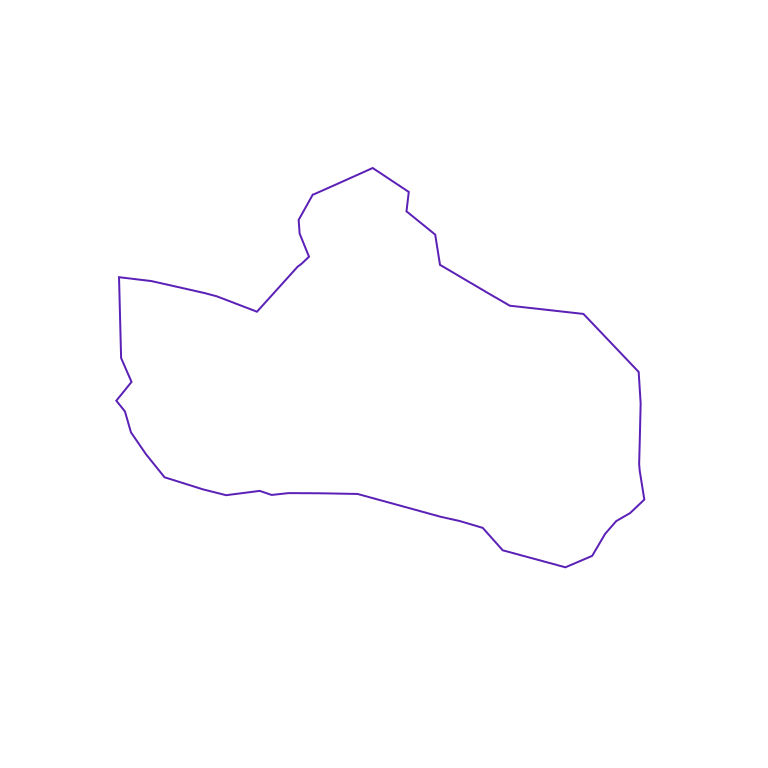 O'lziit, Dundgovi, Mongolia (Robinson projection), rotated 28°
{"feature_id": "93677404B68241634882173", "entity_name": "O'lziit", "entity_type": "district", "adm_level": 2, "iso_a3": "MNG", "parent_name": "Mongolia", "parent_adm1": "Dundgovi", "projection": "robinson", "projection_center": [106.642, 44.794], "detail": "fine", "context": "isolated", "style": "outline", "palette": "violet", "viewbox_px": 768, "rotation_deg": 28, "n_neighbors": 0, "source": "geoboundaries", "source_scale": "gbopen_adm2", "svg_char_len": 836}
<svg xmlns="http://www.w3.org/2000/svg" viewBox="0 0 768 768"><g transform="rotate(28 384 384)"><path d="M296.8,556.3L324.5,536.7L336.9,534.7L350.7,525.3L367.0,516.7L381.0,509.4L412.3,493.5L496.5,474.6L515.0,469.5L538.7,464.7L566.9,475.1L630.2,460.7L648.5,438.0L649.6,412.4L653.4,396.0L661.9,382.4L668.1,363.8L650.4,340.4L646.8,334.8L637.5,316.1L635.7,312.5L619.7,280.6L603.2,253.8L529.6,229.3L527.2,228.5L458.4,255.8L432.7,254.9L377.5,252.5L359.1,228.1L354.2,227.1L322.8,221.0L315.7,202.8L272.6,198.6L259.1,216.0L243.3,236.3L233.3,249.1L232.2,250.2L231.6,279.2L238.9,290.8L258.0,306.8L254.8,316.5L252.7,320.9L237.9,379.8L195.1,385.1L183.1,387.9L130.4,402.3L99.9,414.1L139.7,484.5L160.1,500.7L155.5,524.4L168.2,529.9L183.3,545.5L206.9,557.8L234.0,569.4L273.3,562.1L296.8,556.3Z" fill="none" stroke="#5b21b6" stroke-width="2"/></g></svg>